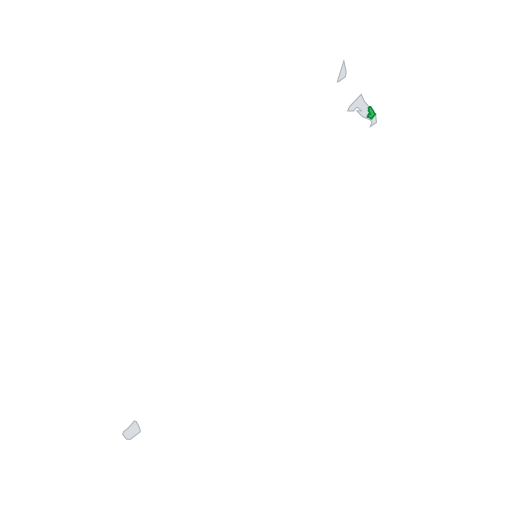 Nukunuku, Tongatapu, Tonga (highlighted), rotated 196°
{"feature_id": "48082658B69213589871259", "entity_name": "Nukunuku", "entity_type": "district", "adm_level": 2, "iso_a3": "TON", "parent_name": "Tonga", "parent_adm1": "Tongatapu", "projection": "equal_earth", "projection_center": [-175.292, -21.16], "detail": "fine", "context": "in_parent", "style": "filled", "palette": "green", "viewbox_px": 512, "rotation_deg": 196, "n_neighbors": 0, "source": "geoboundaries", "source_scale": "gbopen_adm2", "svg_char_len": 2061}
<svg xmlns="http://www.w3.org/2000/svg" viewBox="0 0 512 512"><g transform="rotate(196 256 256)"><path d="M198.8,426.6L200.4,426.6L202.1,422.3L207.9,420.7L207.3,425.4L199.4,440.4L194.4,434.5L179.9,424.9L177.0,417.5L181.8,411.8L181.3,416.4L183.7,418.4L191.9,419.2L199.2,423.3L194.7,424.6L198.8,426.6ZM331.5,55.2L327.4,64.0L325.4,63.8L320.6,58.8L318.8,55.3L326.2,45.1L330.0,44.3L335.0,47.7L334.8,50.7L331.5,55.2ZM225.9,445.8L225.3,467.7L220.0,457.6L219.4,453.0L224.8,446.2L225.9,445.8Z" fill="#d9dde1" stroke="#a8b0b8" stroke-width="1"/><path d="M187.3,420.4L186.8,420.6L186.2,420.5L185.9,420.5L185.6,420.4L185.5,420.5L185.4,420.5L185.2,420.5L184.6,420.3L184.3,420.1L184.2,420.1L184.0,419.9L183.9,419.9L183.7,419.8L183.3,419.7L183.1,419.6L182.8,419.5L182.7,419.6L182.5,420.2L182.5,420.3L182.4,420.5L182.5,420.7L182.5,420.8L182.4,420.8L182.3,421.2L182.5,421.4L182.4,421.6L182.2,421.6L181.9,421.9L181.9,422.2L181.6,422.1L181.5,422.3L181.6,422.5L181.6,422.9L181.3,423.2L181.3,423.4L181.1,423.6L181.0,423.8L180.8,424.3L180.6,424.6L180.5,424.8L180.4,424.9L180.2,425.1L180.4,425.3L180.6,425.5L181.0,425.7L181.3,425.8L181.6,426.0L182.1,426.3L182.3,426.4L182.5,426.7L182.5,426.8L182.6,427.0L182.8,427.3L183.0,427.5L183.2,427.8L183.4,427.9L183.5,428.0L183.9,428.3L184.1,428.4L184.2,428.6L184.5,428.7L184.7,428.9L184.8,429.1L185.0,429.2L185.2,429.4L185.5,429.6L185.8,429.9L185.9,430.0L186.1,430.2L186.3,430.4L186.4,430.6L186.5,430.8L186.8,430.9L187.1,430.9L187.5,430.9L188.0,430.8L188.0,430.1L188.1,429.8L188.2,429.5L188.5,429.6L188.7,429.4L188.8,429.1L188.5,428.9L188.2,428.8L188.1,428.7L187.9,428.3L187.8,428.2L187.6,428.2L187.5,427.9L187.9,427.3L188.0,426.9L188.1,426.6L187.8,426.3L187.5,426.2L187.3,426.1L187.2,426.0L186.9,425.8L186.4,425.5L186.0,425.2L185.8,425.0L185.7,424.9L185.5,424.7L185.4,424.5L184.9,424.1L185.1,423.9L185.3,423.5L185.5,423.6L185.7,423.8L186.5,424.2L187.0,423.2L187.1,422.8L186.9,422.6L186.6,422.4L186.7,422.0L186.7,421.9L187.1,422.0L187.2,421.6L187.2,421.4L187.3,421.0L187.3,420.4Z" fill="#22c55e" stroke="#15803d" stroke-width="1.5"/></g></svg>